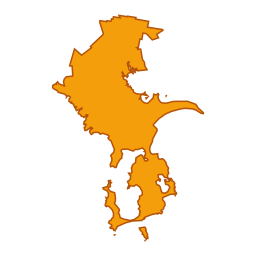 Clarence, Tasmania, Australia
{"feature_id": "25037944B57151940201314", "entity_name": "Clarence", "entity_type": "district", "adm_level": 2, "iso_a3": "AUS", "parent_name": "Australia", "parent_adm1": "Tasmania", "projection": "natural_earth1", "projection_center": [147.457, -42.874], "detail": "fine", "context": "isolated", "style": "filled", "palette": "amber", "viewbox_px": 256, "rotation_deg": 0, "n_neighbors": 0, "source": "geoboundaries", "source_scale": "gbopen_adm2", "svg_char_len": 5880}
<svg xmlns="http://www.w3.org/2000/svg" viewBox="0 0 256 256"><path d="M57.6,81.8L56.1,83.3L56.1,83.5L56.4,84.0L56.4,84.3L55.4,84.0L52.8,85.3L52.6,87.5L53.4,88.6L57.0,90.5L58.4,92.4L64.7,94.1L66.6,95.9L66.5,97.2L67.8,95.6L70.1,96.6L70.4,97.5L69.0,99.2L68.9,101.3L70.6,102.6L71.4,102.2L71.2,103.2L73.1,103.9L74.7,107.3L77.0,106.3L75.3,108.2L76.4,110.6L81.4,108.4L82.4,107.2L81.3,108.5L81.7,109.1L80.0,109.7L78.2,112.8L78.5,113.8L80.7,114.7L81.2,116.2L83.1,116.5L83.9,117.5L86.1,115.7L86.1,114.7L87.7,114.9L87.9,115.5L86.1,117.7L85.9,120.0L84.0,121.8L84.5,123.3L83.7,123.7L83.9,124.4L86.1,124.6L85.3,125.8L85.3,126.9L84.2,127.4L84.9,130.5L86.5,130.4L89.6,128.0L90.4,128.4L90.9,127.2L92.2,127.9L91.9,128.6L92.4,128.5L92.5,128.7L89.9,130.2L89.7,132.1L91.3,134.4L92.8,133.7L93.2,132.5L96.8,132.3L99.2,132.8L100.2,134.2L102.8,133.3L108.7,135.4L109.0,137.1L108.0,137.9L108.8,139.4L111.0,140.8L114.4,149.5L113.7,152.3L110.7,155.3L111.9,158.3L111.7,161.1L110.2,164.6L110.6,166.7L112.7,166.0L115.2,167.7L116.3,167.2L117.3,163.9L119.3,160.6L120.5,158.9L121.7,158.3L122.0,155.1L122.6,154.2L121.1,151.2L121.5,149.9L122.5,149.3L127.7,149.1L133.1,151.1L135.4,149.4L137.2,149.6L142.5,148.0L144.8,150.2L144.9,151.0L144.3,151.5L145.4,151.8L145.6,154.0L144.7,155.5L144.8,157.2L145.5,158.4L146.6,158.3L148.1,159.9L146.6,161.0L144.9,160.8L142.7,155.9L141.6,155.0L140.4,155.0L136.0,157.8L135.6,162.3L132.2,165.4L132.2,166.8L131.4,167.8L132.0,172.2L130.7,173.5L128.7,173.1L129.6,174.9L130.6,175.4L130.4,178.6L129.7,180.1L127.5,181.4L129.0,184.6L127.2,189.3L127.7,188.5L128.9,188.2L130.4,185.7L134.0,186.2L136.3,184.6L139.7,187.0L142.2,191.5L142.3,194.8L139.5,196.3L139.6,198.8L137.8,201.3L138.6,204.8L139.6,205.6L139.9,206.8L138.4,208.9L140.0,210.4L139.7,211.6L140.2,212.5L139.3,214.0L139.6,215.1L137.8,217.1L134.1,219.5L130.3,220.5L123.6,219.1L120.2,217.6L119.3,214.1L118.3,213.0L119.4,210.3L119.2,209.2L114.5,203.4L115.3,201.3L115.5,198.0L114.7,192.8L110.4,191.3L108.3,188.9L108.5,187.4L110.4,186.7L110.2,183.5L111.4,182.7L110.2,181.9L110.5,180.5L108.4,180.6L108.8,183.1L107.2,186.6L102.9,187.8L103.5,189.1L106.9,190.8L108.4,192.9L108.3,196.9L107.3,197.8L105.9,197.4L106.8,199.8L105.8,200.8L106.4,202.1L105.6,203.0L105.2,205.6L106.3,206.6L106.9,205.9L108.8,206.4L110.3,207.7L112.3,210.0L113.6,213.4L113.2,217.5L112.0,218.2L111.0,220.3L109.5,220.8L108.5,222.7L111.7,225.1L111.8,226.5L110.0,227.3L110.4,228.4L113.1,228.5L113.6,230.2L115.1,230.7L115.1,229.9L116.9,227.9L117.0,226.6L125.3,222.9L132.3,221.0L141.6,220.5L143.2,219.3L143.9,219.4L144.0,218.2L144.9,218.2L144.8,217.2L152.2,214.4L157.2,213.5L157.7,214.0L158.8,212.9L161.4,213.8L162.5,212.0L161.1,211.1L161.3,210.0L162.7,209.7L163.6,208.5L163.6,207.6L165.1,205.2L164.6,202.1L162.6,199.8L162.8,197.6L169.5,194.6L174.1,193.9L175.0,195.3L175.2,194.1L175.8,194.5L176.5,193.8L176.2,192.5L174.6,191.5L175.0,190.1L174.4,189.9L174.2,187.9L175.0,187.8L175.1,186.9L174.2,185.5L174.8,183.5L173.6,181.6L172.0,180.6L172.1,179.8L171.0,178.4L170.2,178.4L170.3,180.4L169.2,181.3L166.6,181.6L166.0,181.1L165.9,179.8L164.6,179.9L165.7,184.3L168.3,184.9L169.8,187.3L167.8,191.6L165.0,193.2L162.4,192.9L161.3,191.3L160.1,186.7L158.9,185.3L157.0,184.6L156.2,183.0L156.0,181.4L157.5,180.2L158.8,179.9L159.8,181.2L160.3,180.8L160.3,179.2L158.9,178.5L158.1,176.2L158.3,174.7L159.0,174.4L159.5,174.3L158.8,174.6L162.4,174.4L164.5,177.3L167.0,177.8L169.0,180.0L169.6,179.7L167.5,177.1L167.6,174.7L168.7,173.4L167.9,169.9L168.6,168.2L166.6,165.2L165.9,162.3L163.5,159.3L161.9,158.7L159.9,159.4L158.7,158.7L157.9,157.1L157.7,153.7L152.4,154.3L150.7,153.0L149.7,150.8L149.9,147.0L152.6,141.1L152.4,139.6L157.1,130.6L156.8,128.7L153.7,125.8L153.4,124.5L158.9,118.7L165.3,114.1L171.7,111.3L180.7,108.9L185.1,108.3L192.6,108.9L196.1,110.2L201.2,113.3L203.4,113.6L203.3,112.6L197.8,107.7L196.6,105.3L195.2,104.1L187.5,101.3L173.5,101.4L166.7,103.1L162.2,103.0L160.2,101.8L158.6,99.4L158.0,96.8L158.7,94.6L158.0,93.5L156.4,94.9L153.7,94.2L153.2,97.9L148.0,103.0L146.8,103.5L143.5,102.4L141.3,100.2L140.6,97.9L140.0,97.8L139.5,99.0L139.2,98.9L140.0,97.7L140.8,97.6L140.5,96.0L141.8,94.4L147.4,95.6L144.7,93.2L145.1,92.4L145.4,91.5L144.6,92.9L142.9,93.7L143.8,93.6L141.0,94.2L136.5,93.8L133.5,92.2L133.1,89.9L131.5,89.1L131.3,87.6L130.0,87.2L130.2,86.2L128.1,86.6L128.0,85.1L126.9,85.0L128.3,84.1L126.7,83.1L127.3,81.3L126.4,81.1L126.1,80.1L123.6,79.1L123.5,77.6L122.5,76.2L123.9,76.3L123.1,75.5L123.1,73.8L122.0,73.0L122.4,72.1L123.2,73.2L123.7,75.3L126.0,75.8L127.1,77.4L128.1,75.9L127.4,74.4L128.6,73.2L131.5,72.3L133.1,73.6L132.8,74.1L133.4,73.7L132.7,72.3L129.7,70.7L128.7,68.8L128.7,67.2L127.8,65.7L127.4,63.1L128.3,61.8L129.1,62.0L128.4,63.0L129.2,66.2L129.8,67.2L129.7,66.2L129.8,66.1L130.0,66.0L131.1,68.7L132.4,68.6L132.8,67.7L133.7,68.9L136.2,69.8L136.4,69.2L135.5,68.8L136.7,68.4L137.7,70.8L147.1,69.8L144.9,66.1L144.4,62.3L142.4,59.3L140.7,49.1L137.9,49.3L138.3,48.3L136.8,47.7L138.4,47.0L139.9,39.1L141.9,39.4L142.9,33.1L146.4,33.7L152.3,39.9L158.5,37.8L156.7,34.3L162.9,30.3L162.7,29.6L147.5,27.2L148.7,21.4L135.4,19.0L135.9,17.5L127.5,16.2L127.3,16.7L119.0,15.4L120.1,17.8L113.4,16.8L113.0,19.1L111.5,18.9L110.9,21.3L106.9,20.7L106.7,21.7L100.0,20.6L99.7,22.2L103.3,33.5L103.0,34.6L90.9,46.0L90.4,46.6L91.5,47.7L81.6,55.2L74.5,48.9L69.6,65.9L72.1,66.0L72.8,76.0L66.3,76.8L64.3,79.0L63.5,81.7L64.4,85.9L58.8,83.7L57.6,81.8ZM147.6,234.6L145.6,230.4L146.1,230.0L145.6,228.1L144.7,227.1L139.3,228.0L139.6,229.3L142.2,232.3L142.7,233.4L142.3,234.2L143.3,234.6L144.3,236.8L146.5,239.2L147.0,237.9L147.8,238.2L147.8,236.6L147.0,235.9L147.6,234.6ZM130.6,70.4L135.1,72.2L134.8,71.3L136.0,70.6L132.4,69.2L130.4,69.8L130.6,70.4ZM146.2,98.7L147.1,97.7L145.9,97.9L146.2,98.7ZM114.0,235.6L114.7,234.9L114.4,234.9L114.0,235.6ZM145.1,240.6L145.6,240.6L145.2,240.4L145.1,240.6ZM166.2,95.9L166.4,95.6L166.1,95.1L166.2,95.9Z" fill="#f59e0b" stroke="#b45309" stroke-width="1.5"/></svg>